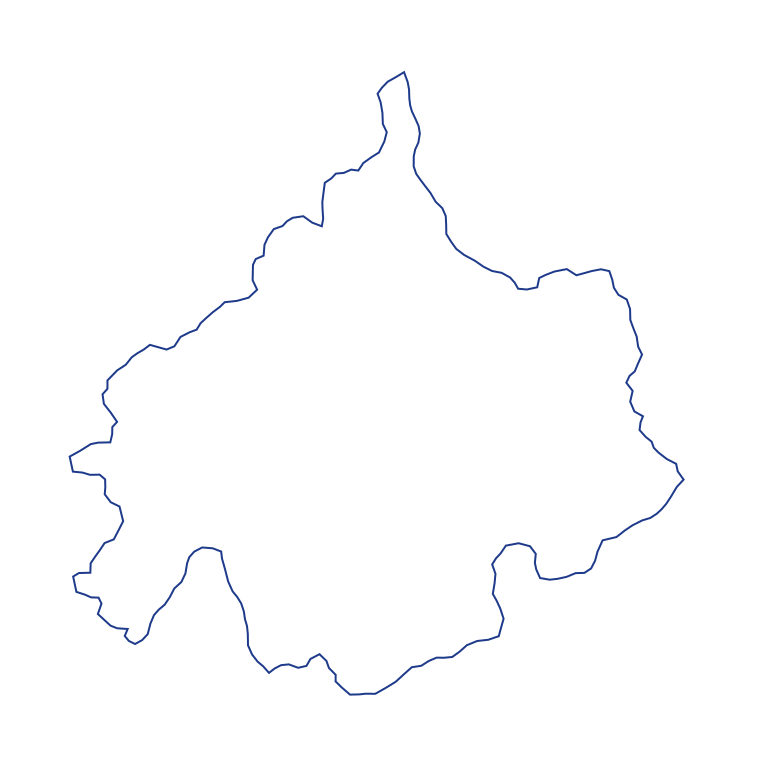 Santa Bárbara do Monte Verde, Minas Gerais, Brazil, rotated 95°
{"feature_id": "56859067B95233367881630", "entity_name": "Santa Bárbara do Monte Verde", "entity_type": "district", "adm_level": 2, "iso_a3": "BRA", "parent_name": "Brazil", "parent_adm1": "Minas Gerais", "projection": "mercator", "projection_center": [-43.696, -21.962], "detail": "fine", "context": "isolated", "style": "outline", "palette": "blue", "viewbox_px": 768, "rotation_deg": 95, "n_neighbors": 0, "source": "geoboundaries", "source_scale": "gbopen_adm2", "svg_char_len": 3401}
<svg xmlns="http://www.w3.org/2000/svg" viewBox="0 0 768 768"><g transform="rotate(95 384 384)"><path d="M681.8,473.4L676.9,468.1L673.1,462.1L671.6,454.4L674.2,444.8L671.6,436.7L664.3,433.3L658.8,424.7L664.9,417.2L671.7,414.1L677.9,406.8L684.5,406.3L689.8,399.9L696.4,390.8L695.4,381.8L694.1,375.1L693.4,365.7L686.6,355.8L679.6,346.4L670.6,338.1L663.7,331.6L661.5,322.4L656.0,315.2L652.0,307.7L651.5,300.5L650.0,292.2L644.1,285.4L637.0,278.7L631.9,268.8L629.7,257.8L625.2,247.7L615.8,246.0L607.4,244.4L597.6,248.6L590.4,252.7L583.6,257.3L573.1,256.5L563.4,256.4L554.3,260.5L548.0,257.3L542.5,253.0L534.4,248.5L530.9,236.0L532.9,224.4L540.0,218.0L549.0,218.1L555.4,216.2L563.7,211.6L564.5,201.8L563.0,194.3L560.2,185.3L555.7,176.6L554.7,167.9L549.7,161.6L541.6,158.3L532.4,156.7L520.7,152.6L516.2,139.1L509.0,131.4L503.0,124.0L497.4,114.9L494.2,107.0L489.4,100.9L484.5,96.5L478.8,92.4L471.6,88.5L461.1,83.4L453.1,77.2L445.4,83.8L438.1,86.0L434.1,95.7L428.6,104.3L424.1,109.6L418.1,112.4L413.9,118.7L407.6,125.4L399.9,125.1L393.6,123.2L389.5,132.2L380.1,137.2L369.2,135.7L361.6,142.7L354.5,140.1L349.6,135.3L342.0,132.9L332.2,129.5L324.6,134.1L314.8,136.4L306.0,140.8L298.7,144.2L287.9,145.4L278.7,149.5L274.7,158.3L268.0,163.4L260.2,165.7L251.9,169.4L250.8,177.8L253.3,186.7L256.0,193.9L258.9,201.8L253.6,211.9L257.1,224.0L261.3,232.6L264.9,238.6L274.3,239.8L277.4,249.9L277.4,258.7L271.8,262.5L266.9,267.7L263.0,276.5L262.0,286.2L258.5,295.1L253.3,304.2L248.4,315.5L243.2,323.7L236.6,329.4L229.1,335.0L220.4,335.9L211.4,337.1L203.8,341.2L198.0,348.4L189.6,354.4L183.1,360.4L177.2,365.7L171.9,370.2L164.6,373.4L154.5,374.2L147.8,373.4L140.5,370.8L131.4,370.1L124.0,372.0L117.1,375.8L110.1,379.9L104.2,382.2L97.1,383.7L88.5,384.7L81.2,386.7L71.6,391.2L77.6,399.4L82.5,406.6L89.0,411.9L95.4,415.7L103.7,411.9L114.0,409.2L125.1,407.8L132.9,403.2L142.3,404.8L153.8,409.2L159.0,416.1L165.7,423.9L173.6,428.2L173.3,435.4L177.2,442.4L178.6,450.3L183.8,454.4L188.7,460.5L198.0,460.9L208.1,461.3L214.9,460.5L224.7,459.0L232.3,459.7L229.5,469.6L223.9,479.0L226.4,489.5L230.3,494.8L235.5,498.9L239.3,507.3L248.0,512.4L255.7,515.2L266.6,515.1L270.7,522.7L276.7,524.9L283.2,524.5L292.1,523.9L301.1,518.6L309.8,526.4L314.0,537.7L316.4,549.8L321.7,554.4L327.3,560.7L333.9,567.0L339.4,572.0L346.2,575.4L349.4,582.1L354.8,590.8L364.7,596.1L368.6,603.6L367.1,611.7L365.4,620.6L370.6,626.3L374.5,631.9L379.3,637.6L387.3,642.9L393.6,650.9L404.5,659.8L412.9,659.1L418.8,663.5L428.2,661.3L436.6,653.5L445.0,646.6L450.6,650.9L457.8,650.4L466.0,651.6L467.3,663.6L469.4,670.8L477.1,681.0L483.7,690.8L498.4,686.3L498.5,676.7L500.1,668.9L499.1,659.4L503.3,653.5L511.4,652.6L518.2,652.6L525.6,645.9L529.1,636.8L543.4,631.9L551.9,635.3L562.3,639.6L566.8,648.5L574.3,652.6L581.5,656.9L588.2,660.6L597.6,660.1L598.9,671.4L602.9,676.9L609.4,674.9L617.9,672.3L619.9,663.6L622.1,657.2L621.7,649.7L627.4,646.3L638.1,649.0L644.0,641.3L648.6,635.3L650.6,628.5L650.4,618.0L657.6,620.3L662.2,615.8L664.7,609.3L660.2,602.6L653.8,597.6L643.0,595.8L634.3,593.0L628.3,588.6L623.0,583.3L615.0,578.8L606.0,575.1L598.9,568.6L590.0,565.3L579.7,564.5L573.5,562.9L567.6,558.5L562.7,550.9L562.6,540.3L565.1,531.6L571.9,530.2L581.9,526.4L594.4,522.0L603.8,516.7L608.9,511.7L615.1,507.1L622.8,503.8L630.4,502.0L637.0,499.4L644.8,497.9L656.2,496.7L664.9,491.9L671.6,485.7L675.8,479.7L681.8,473.4Z" fill="none" stroke="#1e3a8a" stroke-width="2"/></g></svg>